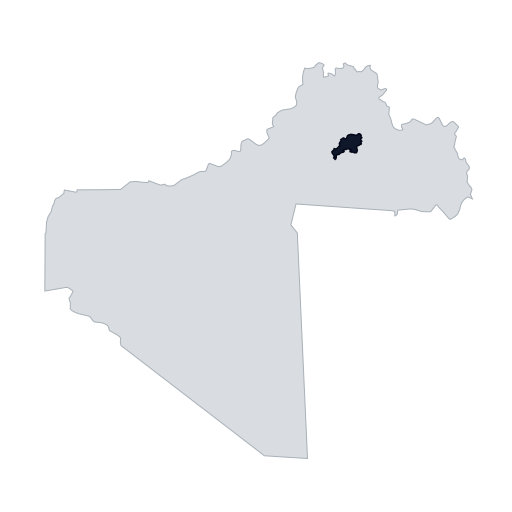 Koulikoro, Koulikoro, Mali shown in context, rotated 184°
{"feature_id": "8926073B42356193702634", "entity_name": "Koulikoro", "entity_type": "district", "adm_level": 2, "iso_a3": "MLI", "parent_name": "Mali", "parent_adm1": "Koulikoro", "projection": "orthographic", "projection_center": [-7.329, 13.238], "detail": "fine", "context": "in_parent", "style": "filled", "palette": "ink", "viewbox_px": 512, "rotation_deg": 184, "n_neighbors": 0, "source": "geoboundaries", "source_scale": "gbopen_adm2", "svg_char_len": 5214}
<svg xmlns="http://www.w3.org/2000/svg" viewBox="0 0 512 512"><g transform="rotate(184 256 256)"><path d="M66.1,393.1L66.3,391.1L64.6,389.6L64.5,388.9L65.6,383.1L65.5,381.6L66.3,378.6L65.2,377.3L64.9,376.3L62.2,372.4L61.4,369.2L60.1,367.0L56.9,366.3L55.7,368.1L54.9,368.4L53.7,367.0L53.3,365.9L53.4,364.9L49.3,359.7L49.6,357.0L51.2,355.6L51.8,353.3L50.4,350.6L50.6,348.0L50.5,344.3L48.1,341.2L46.5,339.7L45.2,337.5L46.4,332.4L44.1,328.0L48.6,329.8L50.8,328.3L52.9,326.1L54.7,323.2L55.6,319.6L56.0,316.5L57.9,311.7L60.1,309.4L64.6,306.1L65.9,306.5L73.1,313.8L77.2,317.5L78.7,319.4L80.1,319.5L82.3,316.0L84.5,312.9L85.4,312.2L92.8,311.9L96.6,312.5L100.0,313.4L104.9,313.8L117.7,311.6L117.9,310.2L117.8,308.5L118.3,307.2L119.4,306.0L120.3,305.7L120.6,309.8L121.7,310.4L124.7,310.7L219.7,310.7L223.4,289.5L216.4,281.9L190.5,57.6L233.7,57.3L241.2,62.3L384.4,157.2L385.3,160.3L385.3,164.7L386.5,166.0L388.6,167.4L396.8,171.3L397.4,172.1L397.8,173.8L398.9,176.0L400.6,177.1L402.7,178.0L405.1,178.6L412.4,178.9L414.0,179.9L417.3,183.7L419.0,184.4L428.9,186.1L432.1,187.0L435.7,188.6L437.6,190.2L437.9,196.3L439.5,200.2L439.5,201.2L438.1,202.9L437.8,204.1L436.2,207.3L436.6,208.6L440.2,210.8L441.9,211.4L443.8,211.3L464.2,206.3L467.9,263.7L467.2,264.6L467.3,274.9L466.1,281.0L463.6,285.5L462.3,292.2L461.3,293.6L460.7,297.4L459.3,299.6L456.7,300.6L452.1,305.1L451.8,308.5L440.4,307.1L439.6,307.2L439.2,307.7L439.0,309.5L409.9,311.7L395.6,313.0L386.8,321.1L381.0,322.0L373.6,321.6L369.8,321.7L368.4,322.2L368.1,323.6L356.3,320.0L352.0,321.3L351.3,320.9L350.7,320.1L348.5,319.7L345.2,320.0L342.8,320.6L335.5,327.0L331.5,328.6L324.2,332.4L319.0,335.7L317.2,336.4L314.3,336.6L311.9,337.3L309.8,344.4L308.4,345.1L299.4,342.4L297.6,342.9L296.1,343.8L291.2,348.0L288.7,351.3L287.5,355.8L287.8,358.6L286.9,359.5L284.6,359.8L280.4,358.9L279.1,359.4L278.6,361.5L278.8,366.3L277.9,369.5L275.5,370.6L273.6,371.9L272.1,372.3L270.8,372.0L263.5,367.3L261.0,366.5L258.3,367.1L255.7,369.2L251.1,374.3L251.6,376.0L253.0,378.1L253.9,380.7L253.9,383.0L247.3,386.3L248.9,388.7L248.8,395.3L245.7,398.3L244.7,400.3L241.7,402.4L239.2,403.6L231.1,405.4L227.8,407.5L226.3,409.2L226.0,411.0L226.3,413.1L227.9,417.4L227.4,421.4L226.1,425.9L224.9,428.0L221.1,430.4L221.7,433.4L222.1,437.6L221.5,443.2L220.4,446.9L219.5,446.6L215.8,446.8L211.9,448.0L210.5,448.9L210.2,450.2L206.9,453.2L204.7,453.0L202.6,452.2L201.5,451.5L201.4,451.0L202.7,448.6L202.7,447.7L201.4,443.5L201.6,442.4L201.1,439.2L200.8,439.0L196.5,440.5L196.3,441.1L197.0,443.1L196.5,443.5L195.0,443.4L192.8,442.8L190.4,440.9L189.9,441.5L189.6,443.0L189.5,444.8L190.1,448.0L189.4,449.1L185.7,448.9L182.6,449.3L181.9,450.5L181.5,451.8L182.3,453.2L182.2,453.8L180.9,454.7L180.3,454.7L178.5,453.1L171.7,451.6L171.1,449.4L170.3,449.4L168.1,446.7L167.2,446.8L166.5,447.2L163.8,447.1L161.5,449.3L159.8,452.2L157.9,453.5L155.1,454.2L155.5,452.4L154.7,449.9L148.8,446.7L147.8,445.4L146.3,438.4L146.4,436.3L146.8,434.4L146.6,433.0L146.0,431.9L144.2,430.8L142.4,430.3L140.0,431.7L138.9,432.0L137.9,431.9L137.3,431.3L137.4,430.6L140.0,426.9L141.2,425.3L143.7,423.4L144.4,422.5L144.4,421.8L144.2,421.2L142.5,420.5L140.0,418.8L138.6,418.6L137.4,417.8L136.2,415.0L135.6,414.5L134.4,414.2L133.3,413.5L133.4,406.8L131.0,401.8L128.8,395.4L127.6,393.8L125.6,392.5L123.1,391.6L120.9,391.4L118.4,392.1L118.4,392.7L119.8,394.8L120.0,395.9L119.8,397.0L119.3,397.7L115.9,398.4L111.4,400.7L109.9,403.4L108.9,403.7L107.1,403.3L95.2,398.6L90.2,400.6L86.9,404.5L86.1,405.8L84.6,406.9L83.7,406.9L82.9,406.2L79.4,400.1L78.0,398.6L76.1,398.5L74.5,399.5L72.8,401.5L70.6,403.4L69.3,403.9L68.1,403.6L63.3,399.4L63.0,398.6L65.3,393.8L66.1,393.1Z" fill="#d9dde1" stroke="#a8b0b8" stroke-width="1"/><path d="M168.0,366.3L166.1,366.4L165.0,365.8L163.0,366.1L162.3,368.1L162.5,369.2L163.0,370.5L163.0,371.0L163.2,371.6L163.3,371.7L163.2,371.9L162.9,372.8L161.1,373.5L160.0,374.5L159.1,374.7L158.8,375.4L159.4,376.1L159.1,376.9L158.5,377.9L159.7,379.0L159.7,379.9L158.7,381.5L159.6,382.2L159.5,383.8L159.9,384.2L160.3,384.5L160.8,385.0L161.2,385.1L161.7,385.2L162.0,385.2L162.5,384.9L162.9,384.6L163.1,384.3L163.1,384.1L163.4,384.0L163.6,383.9L163.8,383.8L164.0,383.6L164.2,383.3L164.4,383.1L164.7,383.1L165.7,383.6L168.4,383.9L169.7,384.0L172.3,383.1L173.2,382.2L173.7,380.3L174.0,379.7L174.5,379.2L175.2,378.9L176.7,379.9L177.2,379.8L177.3,379.7L179.5,378.0L179.1,377.6L179.4,376.6L180.0,375.6L180.7,374.1L180.5,373.2L180.2,372.3L179.9,371.7L180.0,371.6L180.3,371.6L180.6,371.5L180.8,371.2L181.1,371.0L181.2,370.9L181.5,370.5L181.6,370.4L181.7,370.0L181.9,369.6L182.1,369.4L182.4,369.3L182.5,369.2L183.0,368.8L183.1,368.7L183.7,368.5L184.1,368.3L184.4,368.3L184.7,368.4L184.9,368.5L185.2,368.6L185.3,368.6L185.5,368.6L185.8,367.2L186.8,366.2L187.5,365.4L187.4,364.7L187.1,363.9L184.8,361.1L185.4,359.4L183.8,357.9L183.1,358.6L182.9,359.6L182.9,361.5L182.6,362.4L181.9,362.8L180.1,363.2L179.0,364.7L175.9,365.8L175.4,366.5L175.6,367.0L176.7,367.4L176.8,367.7L176.6,367.9L176.1,368.2L174.4,368.5L173.6,368.5L173.4,368.9L173.1,369.1L171.7,369.3L170.5,369.3L169.8,368.8L168.6,368.9L168.3,368.5L168.4,368.2L169.3,367.7L169.4,367.1L169.5,366.7L169.1,366.6L168.0,366.3Z" fill="#0f172a" stroke="#020617" stroke-width="1.5"/></g></svg>